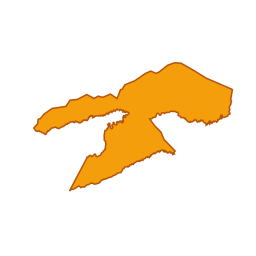 Santa Rosa do Purus, Acre, Brazil, rotated 28°
{"feature_id": "56859067B63738463512329", "entity_name": "Santa Rosa do Purus", "entity_type": "district", "adm_level": 2, "iso_a3": "BRA", "parent_name": "Brazil", "parent_adm1": "Acre", "projection": "natural_earth1", "projection_center": [-70.414, -9.518], "detail": "fine", "context": "isolated", "style": "filled", "palette": "amber", "viewbox_px": 256, "rotation_deg": 28, "n_neighbors": 0, "source": "geoboundaries", "source_scale": "gbopen_adm2", "svg_char_len": 5943}
<svg xmlns="http://www.w3.org/2000/svg" viewBox="0 0 256 256"><g transform="rotate(28 128 128)"><path d="M47.8,173.8L49.9,173.4L51.0,172.2L52.0,172.6L53.3,172.0L54.6,172.5L55.1,172.2L57.2,172.3L57.7,172.6L58.2,172.3L58.6,171.5L58.4,170.4L58.7,168.2L59.3,168.1L60.9,163.6L62.7,162.3L63.5,161.2L65.4,161.4L66.2,161.0L67.1,161.1L69.9,157.0L70.5,156.8L70.7,155.4L71.1,155.1L71.9,153.3L72.5,153.3L72.8,152.2L73.2,151.8L73.4,151.3L73.8,151.1L74.2,149.8L75.6,149.0L76.2,148.3L76.6,148.1L77.0,148.5L78.0,148.5L78.3,148.0L78.6,146.6L79.0,147.0L79.4,146.6L81.0,146.4L81.5,146.0L82.4,146.5L83.7,145.5L84.2,144.6L84.0,144.1L84.8,143.4L84.7,142.2L85.6,141.5L86.1,141.7L86.4,141.2L87.2,141.0L87.2,140.4L88.3,140.6L88.7,139.6L88.4,137.0L88.9,136.9L88.7,136.5L89.4,135.5L88.9,135.4L89.5,134.3L90.0,134.4L90.8,134.0L91.8,135.0L91.9,135.5L92.9,134.6L92.7,134.3L92.8,133.9L92.6,133.6L93.4,133.3L94.1,132.2L96.6,131.1L96.7,130.5L97.7,130.0L98.1,130.3L100.2,128.2L100.5,128.8L101.6,126.9L101.8,127.3L102.1,126.8L102.0,125.3L103.0,124.7L103.8,125.2L104.0,124.6L104.5,124.3L103.9,123.3L104.3,123.1L104.5,122.5L105.3,122.0L105.6,120.9L106.5,121.6L106.5,120.9L107.0,120.3L107.1,118.9L108.7,119.3L108.9,118.9L108.9,117.2L109.2,116.6L109.7,116.5L110.2,117.0L112.0,115.8L112.3,116.1L112.3,115.4L113.5,115.0L113.9,115.5L114.4,115.3L115.0,115.5L115.5,114.5L116.4,115.3L116.4,115.9L117.9,114.5L118.0,115.0L117.8,115.6L118.2,115.6L118.8,115.2L118.7,114.7L119.8,114.1L120.4,113.9L120.8,114.0L120.9,114.4L121.6,114.2L121.9,115.5L121.6,116.6L120.0,117.3L119.8,117.7L120.7,119.6L120.4,120.1L119.4,120.0L119.3,119.2L118.8,119.0L118.3,119.3L118.7,121.4L120.9,124.3L120.8,125.7L120.4,126.1L120.1,125.8L119.6,124.2L118.7,126.0L118.1,126.1L117.7,125.6L117.4,126.0L117.3,127.5L116.8,127.6L115.9,127.2L115.5,127.4L115.3,128.9L116.4,129.7L116.4,130.4L116.0,130.8L115.0,131.1L113.9,130.9L113.1,129.8L112.6,129.8L112.3,130.2L113.2,131.2L112.5,132.7L112.5,133.3L112.8,133.6L114.1,134.1L114.4,135.7L113.5,136.4L112.6,136.0L111.9,134.9L111.4,134.7L110.5,135.3L110.0,135.1L109.9,134.5L110.4,133.5L110.1,132.8L109.6,132.5L108.9,133.0L108.5,134.1L108.5,134.6L109.1,134.8L110.3,136.2L110.1,137.7L109.8,138.1L110.3,138.3L110.0,139.7L109.7,140.4L108.8,141.0L110.6,146.2L111.7,147.6L111.8,148.2L112.8,149.9L113.3,150.2L114.4,150.2L115.0,151.4L115.8,152.1L117.3,156.4L117.9,157.1L117.6,157.6L117.8,158.4L117.1,159.8L117.0,161.6L116.3,162.4L116.6,164.5L115.5,166.1L115.4,166.5L114.3,167.7L113.4,168.1L111.7,166.5L111.2,166.5L110.6,167.1L110.3,168.4L109.6,170.2L108.4,169.8L107.5,169.9L106.9,170.6L106.5,172.2L105.5,172.9L105.8,174.5L105.9,211.0L106.8,209.1L107.4,208.2L108.3,207.8L109.1,206.9L109.6,205.8L110.3,205.1L111.0,203.4L111.8,202.5L112.7,202.3L114.2,202.8L116.2,200.8L117.2,200.6L118.6,197.3L119.8,196.5L121.0,194.2L123.1,193.2L124.5,193.5L126.2,192.3L128.2,190.2L128.7,188.8L128.9,187.4L129.8,185.7L130.3,185.4L130.4,184.8L132.2,183.6L132.9,182.5L133.8,181.8L134.2,180.8L136.2,179.1L136.3,178.6L136.9,178.1L137.0,177.4L138.9,175.3L139.1,174.5L139.8,173.7L139.8,173.2L141.6,171.3L142.6,170.7L142.8,170.2L142.7,167.0L143.1,166.0L143.4,165.7L143.2,165.3L143.5,164.9L143.5,164.0L146.3,161.7L146.5,162.1L147.2,161.1L147.1,159.7L147.5,159.6L148.1,158.9L147.8,158.4L148.2,157.9L148.7,158.1L149.4,157.5L149.8,157.5L149.6,156.8L151.9,152.7L153.2,152.4L153.4,151.9L153.7,152.1L154.0,151.7L153.9,151.0L154.3,150.6L154.8,150.7L154.9,150.1L155.4,150.0L155.8,149.4L156.3,149.4L155.9,148.4L157.4,146.9L157.5,145.6L158.3,144.9L158.6,144.3L158.8,144.8L159.6,144.1L160.7,144.2L160.5,143.2L161.2,142.8L161.3,142.3L161.2,141.7L160.7,141.3L160.7,140.8L161.5,140.5L161.9,139.2L162.4,139.0L162.4,138.3L162.8,137.9L163.9,138.0L164.3,136.6L164.7,136.2L164.6,135.6L165.8,133.9L166.3,133.8L166.6,134.2L166.5,134.6L167.0,134.5L167.6,133.3L167.5,132.7L167.8,131.9L169.2,131.2L169.6,131.7L170.7,132.1L170.9,131.5L170.6,131.2L171.0,130.8L171.8,131.5L172.0,130.6L173.1,131.2L173.5,130.9L174.2,131.5L175.1,131.3L175.2,130.4L176.4,129.4L176.9,129.2L177.2,130.0L177.8,130.0L178.8,129.3L179.3,129.4L179.5,129.8L179.9,129.6L180.1,130.2L181.1,129.2L180.1,128.9L180.0,128.5L180.3,127.7L180.2,127.0L180.4,126.2L165.1,121.2L158.9,116.1L150.4,113.5L142.9,109.8L144.6,108.7L145.1,107.2L146.7,105.9L147.2,105.2L147.3,104.7L146.8,103.1L146.8,101.5L147.2,101.1L148.2,101.1L149.9,101.8L150.4,101.6L150.7,101.1L150.9,98.7L151.9,97.9L153.3,98.1L154.9,95.9L156.2,95.4L157.2,94.5L158.1,92.9L160.2,92.3L160.9,91.5L163.9,91.2L164.4,90.8L165.7,91.5L166.4,93.4L168.6,93.3L169.9,94.0L171.8,92.9L173.4,93.0L173.7,92.6L173.9,93.0L174.3,92.9L174.5,93.3L175.6,93.4L177.0,94.0L178.7,94.3L179.0,93.9L179.8,94.0L180.7,93.2L180.5,92.8L181.3,92.7L182.1,92.0L182.4,90.8L182.9,90.5L182.9,89.8L183.4,89.6L183.4,89.0L184.5,89.0L185.1,89.7L186.7,90.1L187.6,89.2L187.4,88.6L188.2,88.7L188.3,88.2L188.7,88.1L188.9,87.4L189.3,87.1L188.9,86.8L190.5,86.1L190.6,86.6L191.4,87.1L191.8,87.0L192.8,87.5L193.8,87.1L194.7,87.5L194.8,87.9L195.4,87.7L196.0,87.8L196.0,88.3L196.4,87.7L196.1,86.9L196.5,85.6L198.2,86.4L198.3,85.7L196.7,85.1L196.5,84.5L196.7,83.6L197.0,83.3L197.5,83.6L198.2,84.5L199.1,83.7L199.3,84.3L199.9,84.5L200.1,82.2L200.4,81.8L200.9,82.1L201.4,82.0L202.1,80.9L202.5,80.8L203.5,81.2L204.1,79.2L203.4,78.4L204.5,77.7L204.8,77.2L204.5,76.4L204.5,75.9L205.9,76.1L206.3,75.8L206.5,74.8L206.4,74.3L207.9,73.4L209.8,71.4L210.3,70.4L210.3,69.2L211.4,67.7L210.7,66.8L209.5,66.2L209.2,63.8L208.0,62.7L207.4,60.9L207.7,58.9L207.0,57.3L207.1,56.5L206.7,55.6L205.1,54.6L205.0,53.5L202.1,45.0L173.4,47.3L160.3,46.4L144.3,45.9L138.3,48.7L133.6,53.9L129.2,63.8L127.3,66.5L121.4,67.1L117.7,71.7L112.0,82.8L105.0,91.3L104.7,96.6L103.4,97.6L104.5,107.1L96.6,106.3L91.3,112.8L86.8,113.8L84.1,117.8L75.9,117.8L69.9,126.5L63.8,130.6L63.0,138.1L51.8,146.4L47.4,155.1L46.2,160.9L44.6,162.5L46.2,166.7L44.8,172.2L47.8,173.8ZM205.8,74.0L205.3,74.3L204.4,74.3L204.0,73.1L204.3,72.7L205.1,72.5L205.4,72.8L205.8,74.0Z" fill="#f59e0b" stroke="#b45309" stroke-width="1.5"/></g></svg>